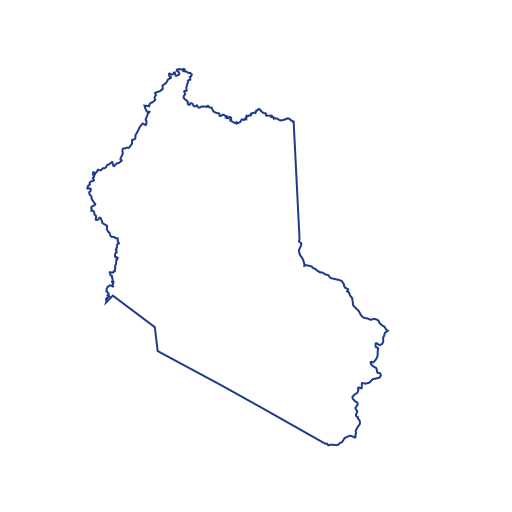 outline of La Mesa, Veraguas, Panama, rotated 213°
{"feature_id": "35544464B90522605165163", "entity_name": "La Mesa", "entity_type": "district", "adm_level": 2, "iso_a3": "PAN", "parent_name": "Panama", "parent_adm1": "Veraguas", "projection": "orthographic", "projection_center": [-81.193, 8.152], "detail": "fine", "context": "isolated", "style": "outline", "palette": "blue", "viewbox_px": 512, "rotation_deg": 213, "n_neighbors": 0, "source": "geoboundaries", "source_scale": "gbopen_adm2", "svg_char_len": 6102}
<svg xmlns="http://www.w3.org/2000/svg" viewBox="0 0 512 512"><g transform="rotate(213 256 256)"><path d="M102.0,229.7L101.7,230.1L99.9,230.5L99.5,231.3L99.1,234.4L99.3,237.1L100.1,239.3L102.3,242.8L103.1,244.9L104.2,245.4L105.2,244.8L106.4,245.2L108.1,247.8L107.9,248.2L107.0,248.6L104.9,248.4L103.6,248.8L102.3,251.0L102.5,253.2L104.9,256.7L105.1,258.9L105.9,261.4L105.9,262.3L104.7,265.0L107.3,265.4L108.4,266.1L110.3,266.7L112.2,266.5L116.3,267.1L117.9,268.5L119.9,268.5L122.4,267.8L125.2,264.9L128.4,264.3L132.1,262.9L134.2,263.1L136.0,263.7L139.8,265.8L147.4,267.4L152.5,273.1L155.5,274.0L158.3,276.2L160.4,276.0L160.3,277.9L160.7,278.3L164.3,277.9L164.7,278.4L166.3,279.2L166.7,280.1L170.3,281.7L173.1,281.2L180.8,278.3L182.7,278.4L184.6,279.3L185.4,279.3L187.3,278.4L191.4,278.3L194.0,276.9L195.0,277.3L196.5,277.0L198.8,277.5L202.2,277.0L203.6,277.6L209.5,275.4L210.3,273.6L210.7,273.3L210.2,274.0L210.2,274.7L212.6,277.0L215.6,279.2L219.9,280.9L222.6,283.4L223.3,284.7L223.7,288.3L224.5,290.7L225.3,291.4L227.0,291.3L228.0,291.8L228.6,293.7L230.0,295.7L297.7,389.3L298.5,388.6L299.7,389.0L300.7,388.8L301.6,389.2L304.3,388.9L304.8,388.5L305.0,387.4L306.1,386.7L306.9,385.0L308.1,384.2L308.9,383.2L310.8,382.7L313.0,382.9L314.5,381.8L315.9,381.8L316.0,381.1L316.8,381.8L318.6,381.0L318.5,382.0L319.4,382.2L323.7,379.3L324.2,379.4L324.3,379.9L325.6,381.0L326.8,380.2L327.7,380.0L331.1,380.3L332.2,381.1L333.8,380.8L334.1,378.9L335.0,378.3L334.3,375.6L335.5,375.4L336.3,374.0L337.3,373.7L337.6,372.3L336.8,371.4L336.8,371.0L338.5,370.0L339.1,368.5L340.3,368.5L340.1,367.5L338.7,365.5L340.0,365.2L339.7,364.1L340.0,363.6L342.2,363.0L342.4,361.6L342.1,360.0L343.5,357.6L344.0,357.3L345.3,357.6L345.5,356.9L344.6,356.8L344.5,356.5L346.8,356.0L351.2,355.6L351.7,356.2L351.3,357.1L351.6,357.8L352.1,358.3L353.4,358.5L353.7,358.3L353.9,356.8L355.3,355.8L356.5,355.6L356.2,357.3L358.3,356.7L359.5,356.9L360.9,356.4L361.6,354.5L362.6,353.8L363.3,354.1L364.3,355.5L367.8,354.3L369.9,354.0L371.7,354.7L373.8,356.2L374.5,356.1L375.7,355.2L378.1,355.8L378.3,355.6L378.4,354.2L380.0,353.9L381.2,352.8L382.7,352.1L384.4,349.4L385.0,349.2L387.7,350.1L388.3,348.3L389.3,348.0L390.6,348.1L392.1,349.1L393.3,349.0L394.2,348.4L394.0,346.7L395.4,346.1L396.3,346.6L397.1,348.1L399.3,348.7L400.8,348.7L402.7,349.2L403.3,349.8L403.7,351.0L403.5,353.2L405.9,355.0L405.7,355.6L404.3,356.7L404.3,357.1L405.9,358.8L407.4,362.9L407.6,364.8L408.5,365.7L408.4,366.7L407.1,368.0L408.2,369.5L409.0,370.1L408.3,371.3L408.7,373.2L410.8,373.7L412.5,372.7L415.0,372.7L417.5,371.5L418.1,371.6L418.6,372.2L417.4,372.4L417.1,373.2L417.6,373.7L418.4,373.6L420.4,371.5L422.2,371.1L423.0,369.6L423.9,369.2L423.4,368.3L421.3,368.3L419.6,367.2L419.4,366.1L420.6,364.1L421.2,363.6L421.8,363.5L424.1,365.7L424.8,365.0L424.6,363.6L425.1,362.5L425.9,362.1L427.6,362.1L428.1,361.8L427.9,360.9L426.7,359.7L426.2,359.5L424.9,359.8L424.4,359.2L425.9,356.1L425.6,352.2L427.2,347.9L425.5,345.8L425.2,344.8L425.8,344.0L426.3,341.8L427.6,340.5L429.5,337.8L427.5,336.5L427.6,334.2L426.9,333.0L425.7,332.3L425.6,331.6L426.5,328.5L427.5,327.4L427.8,326.6L427.8,324.8L427.2,323.4L431.4,321.4L428.9,319.3L426.2,317.7L425.5,317.7L424.4,318.8L423.9,318.9L423.8,318.2L424.2,316.7L422.8,310.1L421.2,309.3L419.8,306.8L419.7,305.9L420.0,305.6L422.6,305.6L423.3,305.2L423.7,301.5L422.9,293.4L423.0,291.8L421.2,288.9L421.4,287.9L423.1,285.8L421.2,282.8L421.4,278.0L421.7,277.3L423.3,276.7L424.0,275.3L425.7,274.1L426.1,273.3L425.2,271.2L423.5,269.4L422.6,263.5L421.8,263.0L420.7,263.1L420.5,262.7L421.9,259.0L423.4,257.6L424.0,254.0L424.6,253.9L426.4,255.2L427.4,256.5L428.0,256.4L429.1,253.0L430.3,251.3L430.2,248.4L431.0,246.9L432.2,246.2L432.8,243.5L434.0,242.6L435.4,242.4L435.6,241.7L435.2,240.2L435.5,238.8L436.0,238.3L438.1,237.6L438.0,237.1L437.6,236.8L436.9,236.8L436.2,237.2L435.6,236.9L435.5,236.5L436.9,235.5L435.0,234.4L434.9,233.7L435.4,232.8L435.3,232.3L433.7,231.7L433.1,231.1L433.6,230.1L434.8,229.1L435.5,226.9L434.2,225.3L435.1,223.6L434.4,220.9L433.8,220.9L432.2,222.2L430.8,222.1L430.2,220.0L430.6,218.6L429.3,217.1L428.4,216.7L426.9,216.6L424.4,214.0L419.0,212.0L418.8,211.3L420.5,208.3L420.5,206.5L419.3,205.9L418.7,204.3L417.6,205.0L416.2,204.9L415.5,204.5L414.0,202.8L412.1,202.5L411.1,201.3L410.7,199.8L410.2,199.2L409.6,199.3L408.6,199.9L408.2,200.9L408.2,202.8L407.7,203.1L407.0,203.2L404.0,201.2L402.6,199.9L397.5,200.2L396.7,199.2L396.0,197.4L392.9,195.7L391.5,195.8L390.3,194.5L388.8,193.6L387.4,193.5L385.2,194.8L383.4,194.4L381.6,195.5L379.8,192.8L378.0,192.2L377.9,191.6L378.6,190.8L378.5,189.3L377.3,187.5L377.3,186.6L376.9,185.1L376.5,185.2L376.3,184.2L374.9,183.3L375.3,182.2L375.1,180.4L373.8,178.6L372.0,179.2L371.7,178.9L371.5,177.9L370.8,178.5L370.4,175.6L369.0,172.9L368.6,170.5L367.7,169.7L366.2,166.4L366.9,165.8L366.6,164.7L366.9,164.1L367.8,163.9L368.8,163.0L369.6,163.0L369.8,162.6L367.6,160.7L365.7,160.7L365.3,159.6L364.1,159.1L362.9,157.1L362.1,156.9L362.8,156.4L362.7,155.9L362.4,155.7L361.4,156.0L360.8,155.3L361.0,154.5L360.3,153.9L360.3,153.1L359.4,152.8L359.5,152.4L360.5,152.5L361.7,152.0L362.3,152.0L363.5,149.7L363.5,147.6L363.2,146.6L362.5,146.0L362.3,144.9L359.3,144.4L358.9,143.9L359.0,142.5L358.1,142.7L357.1,142.2L358.3,139.8L357.7,139.3L358.3,138.3L357.8,137.5L357.0,137.3L356.4,135.4L354.5,144.8L302.1,141.2L286.7,122.7L214.4,128.7L167.1,131.9L95.4,136.3L94.9,137.0L94.2,137.3L92.2,136.6L90.3,138.7L85.4,141.3L84.1,142.8L83.7,145.0L82.4,147.0L82.6,151.5L79.7,156.1L78.0,157.0L74.3,157.5L73.9,158.0L74.3,159.1L75.2,159.9L75.5,161.8L77.2,163.6L77.6,167.3L77.4,171.5L78.0,172.9L79.6,174.5L81.8,175.2L82.7,176.3L84.5,176.2L85.3,176.6L85.8,177.6L86.4,180.8L89.3,182.2L89.9,182.8L89.8,186.7L90.7,188.0L91.3,188.3L93.3,188.1L95.7,188.6L97.2,189.1L98.4,190.3L98.0,193.1L96.7,196.0L96.6,197.3L97.1,199.3L98.3,200.4L98.5,201.1L98.0,201.8L96.0,202.1L95.4,202.8L97.6,206.4L97.9,207.2L94.7,208.6L92.0,211.4L91.0,216.2L86.1,221.3L86.3,223.9L86.9,224.6L88.5,225.2L90.4,224.3L90.9,224.4L93.4,227.0L94.3,227.5L98.1,227.3L100.5,227.9L101.8,228.9L102.0,229.7Z" fill="none" stroke="#1e3a8a" stroke-width="2"/></g></svg>